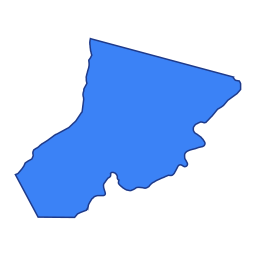 the district of Le Riche, Choiseul, Saint Lucia
{"feature_id": "8701671B41472866915589", "entity_name": "Le Riche", "entity_type": "district", "adm_level": 2, "iso_a3": "LCA", "parent_name": "Saint Lucia", "parent_adm1": "Choiseul", "projection": "orthographic", "projection_center": [-61.048, 13.784], "detail": "fine", "context": "isolated", "style": "filled", "palette": "blue", "viewbox_px": 256, "rotation_deg": 0, "n_neighbors": 0, "source": "geoboundaries", "source_scale": "gbopen_adm2", "svg_char_len": 5522}
<svg xmlns="http://www.w3.org/2000/svg" viewBox="0 0 256 256"><path d="M203.9,122.7L204.2,122.8L205.9,122.4L206.7,121.5L207.9,120.3L208.4,119.8L210.8,117.2L211.8,116.3L213.7,114.0L217.6,109.2L218.3,108.8L221.2,107.1L223.0,105.8L223.5,105.4L224.8,103.9L227.8,100.3L237.0,93.6L240.6,89.5L240.6,83.7L240.3,82.9L239.3,81.0L235.4,80.3L233.4,78.0L233.5,77.4L233.6,77.1L90.6,38.7L90.4,38.6L90.3,39.1L90.1,40.1L90.0,40.8L89.9,41.5L89.9,41.9L89.8,42.6L89.8,43.1L89.9,43.7L89.9,44.5L90.1,45.6L90.1,46.1L90.2,47.0L90.2,47.6L90.3,48.0L90.4,48.9L90.5,49.7L90.6,50.8L90.8,51.4L90.9,51.8L91.1,52.4L91.1,52.7L91.3,53.5L91.4,54.0L91.6,54.5L91.8,55.1L90.3,58.1L88.8,60.1L88.9,61.4L89.0,62.3L89.1,63.1L89.1,63.8L89.1,64.3L89.1,65.2L89.0,66.0L88.9,66.5L88.8,67.2L88.7,67.6L88.6,68.0L88.5,68.4L88.3,69.0L88.1,69.7L87.9,70.3L87.7,71.0L87.5,71.7L87.4,72.4L87.3,72.7L87.2,73.0L87.0,73.6L86.9,74.0L86.9,74.3L86.7,74.7L86.6,75.0L86.6,75.3L86.5,75.7L86.3,76.5L86.2,76.9L86.2,77.6L86.3,78.4L86.3,79.1L86.3,79.9L86.3,80.5L86.4,80.8L86.5,81.7L86.6,82.1L86.7,82.4L86.9,83.4L85.7,85.6L84.1,88.5L83.9,89.1L83.8,89.9L83.8,90.7L83.6,91.4L83.3,92.4L83.1,93.3L83.1,93.6L83.0,94.4L83.0,94.6L83.0,95.0L83.1,95.5L83.1,96.0L83.2,96.3L83.4,97.0L83.5,97.4L83.6,98.1L83.6,98.7L83.7,99.2L83.7,99.4L82.1,111.9L81.8,112.2L81.5,112.5L76.3,120.3L75.7,121.1L75.1,121.7L74.5,122.3L73.1,123.5L72.0,124.6L69.9,126.6L69.4,127.1L69.2,127.3L68.7,127.6L68.3,127.9L67.9,128.1L67.5,128.3L57.7,133.6L56.3,134.3L55.6,134.5L55.2,134.8L54.6,135.2L54.2,135.4L53.9,135.7L53.5,136.0L52.3,136.9L48.5,139.7L47.7,140.3L46.0,141.4L43.0,143.3L42.0,143.8L41.1,144.6L40.1,145.3L39.9,145.5L39.3,146.2L38.9,146.5L38.5,146.9L37.7,147.5L37.2,147.8L36.8,148.0L36.3,148.3L35.7,148.6L35.0,149.1L34.4,149.5L33.7,150.0L32.9,152.1L32.9,153.6L33.1,154.7L33.2,155.8L32.8,156.8L32.4,157.7L31.9,158.9L30.7,159.6L28.7,160.7L28.1,161.0L25.2,163.0L23.9,166.0L22.0,168.8L19.9,171.3L17.9,173.6L15.4,174.6L38.1,217.1L74.6,217.4L77.5,213.9L80.6,212.4L86.4,210.2L87.6,208.0L87.8,208.4L88.3,205.8L88.3,205.5L88.4,205.1L88.6,204.5L89.4,203.0L89.7,202.4L91.1,200.1L91.8,199.0L92.4,198.4L93.0,198.0L93.5,197.5L93.7,197.2L94.5,196.6L95.2,196.3L95.5,196.2L96.4,195.9L96.6,195.8L97.6,195.6L99.2,195.6L99.7,195.6L100.6,195.6L101.2,195.6L101.8,195.6L102.1,195.6L102.9,195.6L103.2,195.6L104.0,195.4L104.7,195.0L105.1,194.5L105.3,193.8L105.3,193.4L105.2,193.0L105.1,192.3L104.9,191.7L104.8,191.3L104.5,190.5L104.3,189.8L104.1,189.2L103.9,188.4L103.7,187.6L103.6,187.3L103.6,186.7L103.5,186.0L103.5,185.2L103.6,184.5L103.8,183.9L104.2,183.2L104.7,182.6L105.3,181.8L106.0,180.7L106.9,179.5L107.6,178.6L108.0,178.1L108.6,177.8L109.2,177.4L109.7,177.1L109.9,176.9L110.2,176.5L110.5,176.1L110.7,175.0L110.7,174.3L110.5,173.9L110.5,173.5L110.8,173.1L111.2,172.9L111.6,172.5L112.1,172.4L112.5,172.4L112.8,172.4L113.2,172.4L113.5,172.5L114.2,172.8L114.7,172.9L115.1,173.2L115.5,173.4L115.8,173.8L116.2,174.2L116.5,174.6L116.9,175.2L117.1,175.7L117.3,176.3L117.3,176.9L117.3,178.1L117.5,178.7L117.8,179.2L118.1,179.7L118.6,179.9L118.9,180.1L118.8,180.5L118.5,181.9L118.4,182.5L118.5,182.9L118.5,183.3L118.6,183.6L118.8,183.9L119.0,184.1L119.7,185.0L120.9,186.1L121.5,186.6L122.1,187.1L122.5,187.4L123.0,187.9L123.5,188.2L123.9,188.4L124.2,188.6L124.6,188.9L124.9,189.1L125.1,189.2L125.9,189.6L126.4,189.8L126.7,190.0L127.1,190.1L127.5,190.1L128.0,190.2L128.5,190.3L128.8,190.4L129.3,190.5L129.9,190.6L130.4,190.6L130.6,190.6L131.1,190.5L131.5,190.3L132.0,190.1L133.2,189.6L134.2,189.1L135.0,188.6L135.6,188.2L136.4,187.6L137.0,187.5L137.5,187.4L138.2,187.4L138.9,187.3L139.4,187.4L141.6,187.6L142.2,187.6L143.1,187.8L143.5,187.9L144.3,188.1L144.8,188.1L145.8,188.1L146.1,188.0L146.5,187.8L146.9,187.7L147.2,187.5L147.8,187.2L148.8,186.6L149.3,186.0L149.6,185.5L150.3,184.8L150.9,184.1L151.3,183.8L152.0,183.2L152.3,182.9L152.7,182.7L153.1,182.4L153.8,182.1L154.4,181.8L155.1,181.3L156.3,180.6L157.3,180.1L159.4,179.2L160.6,178.6L161.7,178.1L162.8,177.7L164.3,177.1L165.0,176.7L165.9,176.3L166.5,176.1L167.4,175.7L168.0,175.4L168.5,175.3L168.8,175.3L169.5,175.4L170.1,175.4L171.0,175.5L171.8,175.3L172.2,175.2L172.5,175.0L173.1,174.5L173.4,174.3L173.6,174.0L174.0,173.5L174.3,173.2L174.6,172.6L175.1,171.7L175.8,170.5L176.4,169.3L176.9,168.3L177.2,167.9L177.5,167.1L178.0,166.2L178.5,165.6L179.1,165.1L179.4,165.0L179.8,164.9L180.1,164.8L180.5,164.8L180.8,164.9L181.0,164.9L181.2,165.0L181.6,165.1L182.0,165.3L182.5,165.7L183.1,166.0L183.8,166.4L184.2,166.6L184.6,166.7L185.2,166.6L185.7,166.5L186.5,166.1L187.1,165.4L187.3,165.0L187.5,164.3L187.4,163.3L187.1,162.7L186.7,162.0L186.3,161.1L185.9,160.4L185.5,159.8L185.1,159.0L184.8,158.6L184.7,158.3L184.7,157.5L184.6,156.3L184.6,155.4L184.6,154.7L184.8,154.0L185.0,153.4L185.5,152.8L186.4,151.8L187.3,151.2L188.8,150.5L190.4,149.9L192.6,149.3L195.4,148.6L198.8,147.4L200.6,147.0L202.0,146.7L202.5,146.6L203.1,146.3L203.9,145.8L204.3,145.4L204.7,144.7L204.9,144.1L205.0,143.4L204.9,142.7L204.7,142.3L204.4,141.6L203.9,140.9L203.4,140.1L202.9,139.3L202.4,138.8L201.9,138.3L201.4,137.6L200.8,137.0L200.2,136.6L197.5,134.6L197.1,134.3L196.2,133.8L195.1,133.1L194.7,132.7L194.3,132.2L194.0,131.7L193.8,131.3L193.5,130.8L193.4,130.3L193.3,129.4L193.3,129.0L193.3,128.5L193.4,128.1L193.4,127.5L193.5,127.2L193.8,126.7L194.0,126.4L194.2,126.1L194.5,125.7L194.8,125.3L195.1,124.9L195.4,124.6L196.1,124.1L196.5,123.9L197.0,123.7L197.4,123.5L197.9,123.2L198.3,123.0L198.7,122.8L200.6,122.0L201.1,122.0L202.4,122.2L203.3,122.5L203.9,122.7Z" fill="#3b82f6" stroke="#1e3a8a" stroke-width="1.5"/></svg>